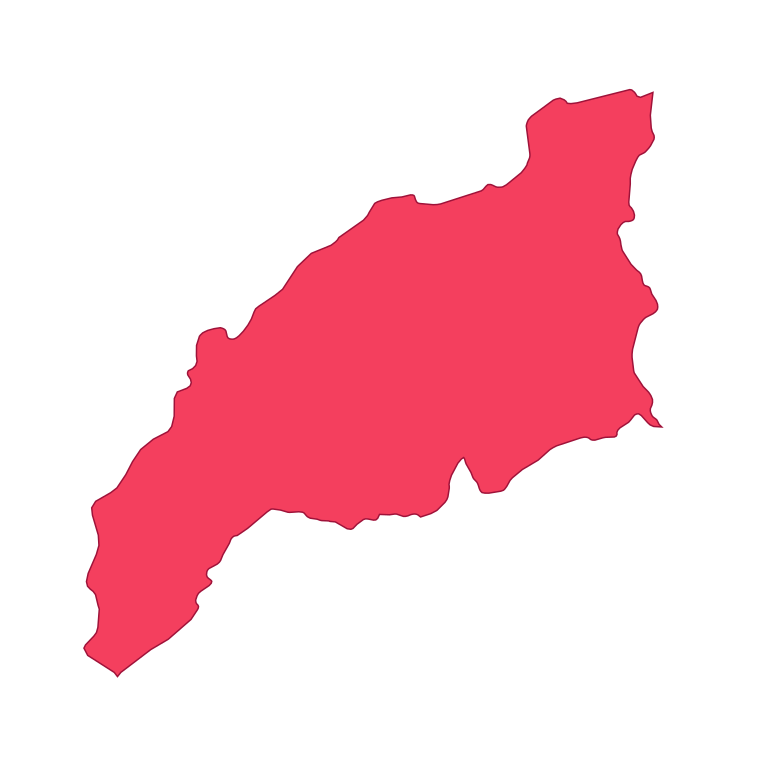 an SVG outline of Uttaradit, rotated 185°
{"feature_id": "THA-398", "entity_name": "Uttaradit", "entity_type": "Province", "adm_level": 1, "iso_a3": "THA", "parent_name": "Thailand", "parent_adm1": "", "projection": "natural_earth1", "projection_center": [100.438, 17.768], "detail": "fine", "context": "isolated", "style": "filled", "palette": "rose", "viewbox_px": 768, "rotation_deg": 185, "n_neighbors": 0, "source": "natural_earth", "source_scale": "10m", "svg_char_len": 4687}
<svg xmlns="http://www.w3.org/2000/svg" viewBox="0 0 768 768"><g transform="rotate(185 384 384)"><path d="M624.0,69.3L627.6,73.2L655.5,87.8L659.9,94.7L658.6,98.1L651.1,107.5L648.8,111.3L647.8,116.6L648.0,134.9L649.5,138.5L653.0,149.0L655.6,152.0L658.8,154.1L661.7,156.7L663.2,161.2L662.2,169.5L655.7,189.1L653.9,198.4L655.4,208.5L663.0,227.9L664.4,235.2L661.0,242.0L646.8,251.9L641.0,257.2L633.3,271.2L627.7,284.8L620.7,297.5L609.0,308.9L595.1,317.7L591.8,323.1L590.2,333.6L591.6,351.4L589.2,358.1L580.1,362.5L576.9,365.3L576.1,368.5L577.2,372.0L580.1,375.7L580.5,376.7L580.7,377.8L580.5,379.0L580.1,380.1L576.0,382.6L573.2,386.0L572.2,390.3L573.3,395.6L574.1,406.1L572.0,415.5L571.9,415.6L571.2,416.7L569.1,419.1L566.9,420.5L564.1,422.1L558.1,424.3L551.9,425.8L550.2,425.5L548.5,425.0L547.1,424.2L546.1,423.0L544.4,417.8L543.5,416.4L542.0,415.6L540.3,415.4L538.5,415.5L537.0,415.9L534.9,417.2L532.6,419.4L528.7,424.3L524.7,430.8L521.8,437.1L519.7,444.4L518.4,447.7L515.4,450.6L500.4,462.7L493.3,469.5L480.4,493.5L467.8,507.8L448.8,517.6L444.6,521.4L442.9,523.5L441.7,526.0L418.7,545.4L415.0,550.5L413.6,553.9L409.0,563.1L406.4,564.9L402.2,566.8L392.5,570.1L382.4,571.9L374.1,574.7L371.9,574.8L370.6,574.4L370.0,573.6L368.8,570.6L368.0,569.2L367.1,567.9L365.7,567.1L364.0,566.9L350.5,566.9L346.7,567.4L343.3,568.3L303.9,584.9L302.1,586.4L299.7,589.8L297.9,591.7L295.1,592.0L293.2,591.5L289.8,590.2L288.1,589.9L284.4,590.3L282.8,590.8L279.4,593.1L265.7,606.4L262.6,611.0L260.7,614.6L260.4,616.6L258.7,621.9L258.5,623.9L258.7,625.9L264.7,653.2L264.7,653.7L264.7,654.2L264.3,656.5L263.8,658.2L263.2,659.8L261.3,662.5L260.3,663.7L240.1,681.5L237.6,682.8L233.5,684.1L229.3,682.8L227.3,681.4L225.9,679.6L222.2,679.6L216.1,680.9L164.8,698.7L162.8,698.5L159.8,696.4L158.3,694.6L157.1,692.8L153.5,691.9L141.5,697.9L142.1,674.9L140.1,662.3L138.8,658.7L136.7,655.2L136.3,653.2L136.4,651.3L139.2,644.7L140.9,641.9L143.9,638.0L145.2,636.9L149.6,634.2L151.0,632.0L152.6,628.2L155.4,619.6L156.3,614.2L156.6,610.4L156.1,604.8L156.0,586.5L155.4,583.5L154.3,582.1L153.0,581.1L151.8,579.6L150.5,577.7L149.2,574.1L149.2,571.9L149.4,570.5L150.0,569.4L151.0,568.6L152.4,567.9L154.2,567.3L157.9,566.9L159.9,565.6L161.9,563.4L164.4,558.7L164.8,555.9L164.6,553.7L162.7,551.0L161.7,549.2L160.9,547.0L160.1,543.3L158.7,538.8L158.0,537.4L148.3,524.7L142.2,519.4L139.4,517.6L137.9,516.1L136.8,514.0L135.7,509.7L134.9,507.3L133.8,505.5L132.5,504.7L130.9,504.4L129.3,503.9L127.9,503.1L127.0,501.7L125.1,497.0L120.3,490.9L118.5,487.3L118.0,484.6L118.1,482.4L118.9,480.9L119.9,479.5L122.1,477.5L129.0,473.2L130.1,472.1L131.1,471.0L134.0,466.9L134.9,465.1L135.7,462.6L139.4,440.3L139.5,435.4L139.2,432.1L136.4,418.9L135.7,416.9L125.7,404.1L119.8,399.0L118.5,397.5L117.0,395.5L115.2,392.0L114.9,389.1L115.3,386.3L116.5,382.7L116.4,380.5L115.8,378.6L115.0,377.1L114.2,375.7L113.1,374.6L111.7,373.7L110.3,372.9L109.0,371.9L106.4,367.7L103.6,365.4L111.7,365.2L115.4,366.5L118.0,368.5L124.9,375.0L127.7,376.5L129.6,376.2L131.7,375.0L135.2,369.6L137.0,367.2L145.1,360.9L147.1,358.3L147.8,355.9L147.5,354.1L148.1,352.4L149.9,351.3L158.7,350.2L161.2,349.5L168.9,346.5L171.6,346.3L173.5,346.8L174.8,347.8L176.3,348.4L178.0,348.6L179.9,348.5L183.3,347.5L206.6,337.5L210.1,335.3L213.1,333.0L223.8,321.6L238.7,310.9L247.9,301.8L250.0,299.0L252.8,292.7L254.6,289.8L255.7,288.6L258.3,287.4L270.1,284.4L274.1,284.1L276.9,284.4L278.2,285.5L279.1,286.6L279.9,288.1L281.3,291.5L282.1,293.1L283.0,294.4L286.5,297.5L287.4,298.9L289.6,303.4L295.2,311.5L295.9,313.0L297.2,316.4L298.2,317.7L300.4,316.0L303.5,311.6L308.8,299.1L310.1,293.6L310.5,289.7L310.1,288.0L309.9,286.0L310.5,277.2L311.3,274.4L312.9,271.5L320.0,263.0L320.7,262.4L326.0,259.0L336.0,254.7L338.5,256.4L339.9,257.0L341.8,257.2L343.8,256.9L345.9,256.2L348.8,254.7L351.1,254.0L353.1,253.8L360.1,255.5L362.0,255.4L367.1,254.2L377.1,253.7L378.6,249.6L380.3,247.9L382.5,247.5L388.0,248.1L390.5,248.1L392.7,247.2L398.7,241.9L402.3,237.4L404.3,236.4L408.1,236.6L420.5,242.4L425.8,242.4L427.3,242.8L434.2,242.5L435.8,242.7L438.8,243.5L445.8,243.9L447.3,244.5L448.7,245.1L449.9,246.1L452.3,248.5L453.9,249.2L457.7,249.3L466.8,247.9L468.7,247.9L476.1,249.4L483.7,249.8L485.6,249.5L489.3,246.4L507.3,228.3L517.0,220.3L518.7,219.9L520.3,219.3L521.8,217.9L523.0,216.0L524.2,211.8L529.6,199.9L531.4,194.0L532.5,192.1L534.4,190.1L542.3,184.9L543.4,183.5L544.1,181.7L544.2,178.5L543.5,176.6L542.2,175.3L539.5,173.6L538.4,172.5L538.7,170.5L540.6,168.0L548.3,161.7L550.5,159.4L551.7,156.9L552.8,152.3L552.3,149.9L551.2,148.4L550.1,147.5L549.4,146.2L549.5,144.6L550.1,143.0L555.7,132.7L576.6,111.0L593.2,99.1L621.0,73.8L624.0,69.3Z" fill="#f43f5e" stroke="#9f1239" stroke-width="1.5"/></g></svg>